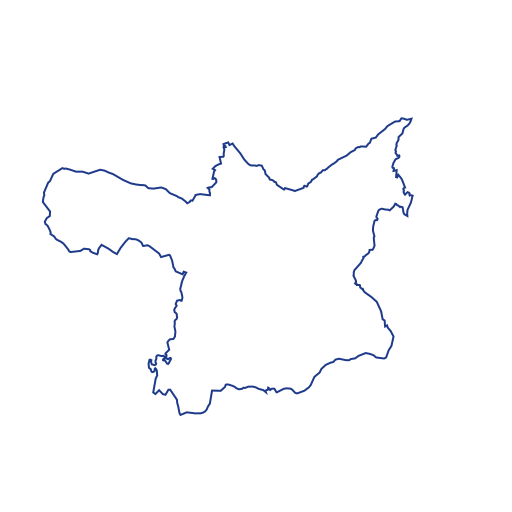 outline of Cristuru Secuiesc, Harghita, Romania, rotated 342°
{"feature_id": "2599482B57378647357474", "entity_name": "Cristuru Secuiesc", "entity_type": "district", "adm_level": 2, "iso_a3": "ROU", "parent_name": "Romania", "parent_adm1": "Harghita", "projection": "mercator", "projection_center": [25.043, 46.281], "detail": "fine", "context": "isolated", "style": "outline", "palette": "blue", "viewbox_px": 512, "rotation_deg": 342, "n_neighbors": 0, "source": "geoboundaries", "source_scale": "gbopen_adm2", "svg_char_len": 6136}
<svg xmlns="http://www.w3.org/2000/svg" viewBox="0 0 512 512"><g transform="rotate(342 256 256)"><path d="M446.3,173.5L441.6,173.1L438.9,171.0L436.9,170.0L434.2,172.1L429.7,171.1L423.1,172.6L420.9,173.2L418.2,175.0L409.8,178.1L406.5,180.4L402.0,180.1L399.3,183.5L397.7,183.9L394.6,186.1L389.6,184.2L388.0,184.5L387.0,184.0L384.9,184.2L383.8,184.7L382.6,185.8L378.1,186.5L373.3,188.5L363.8,189.8L362.8,190.3L362.6,190.7L358.3,192.2L356.7,192.4L352.1,194.1L349.9,195.2L348.9,195.2L348.0,195.7L346.0,195.1L343.5,196.7L341.6,196.8L339.5,198.0L338.6,199.1L333.6,200.8L332.7,200.8L331.3,202.4L327.9,203.4L326.5,205.3L325.8,205.7L323.9,204.2L323.2,204.4L322.3,205.9L312.8,206.2L312.1,205.4L304.6,200.4L303.4,201.5L302.9,201.2L297.9,194.8L297.7,192.0L296.3,191.1L296.0,190.0L294.9,188.8L292.7,187.5L292.7,185.6L290.4,181.0L290.8,177.4L289.9,175.9L289.4,171.8L286.6,170.4L284.3,170.5L282.8,169.5L279.4,168.4L278.1,167.4L276.9,165.6L274.6,160.5L272.8,153.6L269.2,144.5L268.5,141.8L265.0,142.3L264.7,139.4L259.7,139.5L259.4,141.8L260.7,141.8L260.9,143.0L258.7,142.8L258.8,145.0L257.0,148.5L256.2,151.0L255.5,151.5L251.9,150.6L251.3,157.3L248.8,157.3L245.0,158.0L241.8,159.7L243.6,161.7L242.3,162.6L238.4,169.2L238.9,169.5L240.5,169.1L241.4,169.8L241.4,171.3L241.7,171.6L241.1,173.6L235.2,176.8L231.9,176.2L231.1,176.3L232.2,178.3L231.6,180.5L231.7,181.9L230.9,184.0L221.8,179.8L217.3,179.3L216.8,180.1L212.6,183.8L211.4,183.0L210.8,183.1L209.7,184.1L206.9,184.6L205.8,182.3L203.2,178.4L200.1,175.9L199.2,174.5L194.1,170.2L193.2,169.1L190.9,164.6L189.5,163.4L186.9,161.5L179.5,160.3L174.9,158.4L174.3,157.9L172.7,154.9L171.3,154.0L168.0,152.8L164.0,150.9L159.3,148.2L153.1,142.6L145.3,133.9L141.3,130.8L138.5,128.1L134.4,125.8L122.3,125.9L117.1,122.2L110.9,120.2L105.7,116.3L101.9,113.9L100.7,113.9L99.0,112.6L88.6,115.2L83.2,121.1L81.0,122.0L73.9,130.2L73.5,132.7L71.8,134.9L70.0,138.8L73.9,150.1L72.2,154.3L68.7,155.3L65.7,158.2L65.7,160.6L67.1,162.7L67.7,166.1L68.0,169.2L67.9,170.5L67.3,171.6L70.1,175.0L70.8,177.6L71.5,178.8L74.9,182.2L76.7,184.6L79.2,191.0L79.8,193.7L80.7,194.9L90.5,196.9L94.7,195.9L99.3,198.0L100.2,199.2L99.9,200.4L101.9,202.5L105.5,205.3L106.5,204.2L108.0,201.2L109.7,199.6L112.6,197.7L118.1,203.6L121.2,207.9L124.3,211.2L129.8,206.4L136.3,202.0L140.1,200.0L140.6,199.8L143.9,201.9L145.6,202.4L147.3,203.3L149.1,204.9L151.2,207.8L151.7,211.6L156.2,212.3L157.9,214.0L164.6,223.7L165.4,227.7L173.7,228.0L174.4,228.9L174.8,234.5L174.0,241.4L174.7,243.2L174.7,244.5L175.0,245.9L180.5,250.7L182.4,248.6L184.5,250.2L181.6,252.9L178.4,256.6L176.7,258.9L176.8,259.1L173.7,264.0L173.5,265.8L173.8,267.4L173.5,270.8L173.2,272.7L172.4,274.2L171.9,274.7L171.4,275.6L171.0,275.5L170.0,274.3L167.1,274.1L164.8,276.8L165.2,278.7L162.1,281.2L161.5,282.2L161.4,284.4L162.3,285.6L162.7,287.0L162.2,288.2L162.1,289.9L161.1,291.3L159.4,292.0L158.4,292.9L158.1,294.6L156.6,297.9L156.0,303.0L154.0,307.6L151.7,309.4L148.5,308.6L146.5,309.6L145.0,310.8L144.5,318.3L139.8,320.7L139.6,321.5L140.3,322.4L139.3,324.9L139.5,326.2L140.5,327.0L142.3,326.4L143.2,326.5L143.4,327.4L143.0,328.0L139.8,331.1L139.0,331.5L138.2,330.9L137.1,327.1L135.9,326.8L135.4,326.4L135.7,325.6L136.5,325.1L137.7,325.1L138.0,324.5L138.0,323.4L137.0,322.3L135.3,322.0L132.3,320.1L131.2,320.1L130.2,320.8L129.8,321.7L129.7,322.7L128.0,324.6L127.6,326.0L127.8,327.5L127.1,328.3L125.8,328.4L123.4,326.8L123.4,324.5L124.3,322.7L123.5,321.9L122.7,321.8L120.6,325.1L119.7,329.1L120.1,330.1L120.8,330.7L120.9,333.7L121.6,334.4L122.8,334.5L124.0,334.0L124.8,332.0L125.5,331.6L126.1,332.8L126.2,334.5L125.1,339.1L122.8,341.5L116.1,354.0L117.7,356.2L122.4,353.7L124.7,358.6L127.0,360.0L131.4,356.1L133.1,356.7L136.4,368.3L135.7,371.1L135.5,375.3L134.7,381.7L135.1,383.8L141.9,383.3L149.6,386.9L154.6,388.5L157.2,388.6L159.6,388.1L161.7,386.7L163.8,384.3L166.6,382.0L172.6,370.4L180.8,373.3L186.1,370.9L187.4,369.1L187.8,369.0L189.9,369.6L193.8,372.4L195.5,374.1L196.4,375.6L198.6,377.5L201.7,378.0L203.3,377.4L204.7,378.1L208.4,377.9L212.8,379.3L215.1,380.8L217.5,383.2L221.5,385.8L223.3,388.6L223.3,387.2L224.2,386.8L225.8,386.9L226.9,385.0L227.7,386.1L227.7,387.2L228.0,387.8L230.0,387.1L232.3,387.8L232.6,388.3L233.3,391.8L233.6,392.1L241.2,390.9L243.9,391.2L247.6,392.7L249.0,394.0L251.0,398.3L252.7,399.4L260.3,399.1L265.9,397.2L268.2,395.6L273.9,389.3L275.4,388.5L280.5,386.5L283.3,383.6L288.7,381.1L293.8,380.5L296.7,380.7L299.6,379.1L303.3,379.4L309.2,382.8L312.4,383.9L314.3,383.3L318.6,384.0L322.5,382.7L330.3,382.2L333.6,384.0L335.8,385.6L337.4,387.1L338.5,389.1L339.3,389.8L346.2,393.1L348.4,392.7L353.1,386.6L357.0,383.4L361.9,375.1L360.9,369.1L359.1,364.5L359.2,362.5L357.0,362.9L358.4,357.1L356.9,355.3L357.9,347.2L356.7,336.9L353.1,330.7L348.2,324.1L347.1,320.9L347.5,320.7L347.4,320.2L346.7,320.0L345.4,318.2L345.8,315.9L345.3,315.5L343.1,314.8L343.3,314.3L342.0,313.4L341.8,312.7L342.8,312.3L342.7,311.7L343.3,311.1L343.4,310.2L342.6,304.8L343.1,304.3L343.9,301.8L345.1,300.0L353.7,294.9L355.9,292.6L357.5,291.3L357.8,289.9L359.1,290.0L360.6,289.2L363.7,288.2L364.8,287.4L365.9,285.3L368.7,286.1L369.8,285.3L371.9,282.9L373.4,275.9L373.9,274.5L374.7,273.9L375.0,268.7L375.3,267.2L376.6,264.1L379.6,259.2L380.6,258.8L382.2,259.3L383.1,258.4L383.1,257.8L382.5,256.5L382.7,255.6L386.4,250.7L387.8,250.0L390.3,249.9L393.4,251.8L396.0,252.8L397.3,253.9L402.3,251.5L404.6,249.3L405.5,250.0L405.8,251.1L406.9,252.0L408.1,254.0L409.0,253.8L410.5,255.0L409.7,260.2L409.9,262.0L412.3,264.7L413.0,262.0L414.4,258.9L419.9,253.0L423.6,247.0L421.8,245.9L420.9,246.0L420.8,245.2L421.4,243.9L421.0,243.0L419.8,242.1L416.7,243.7L416.4,243.0L416.1,240.9L416.4,240.1L417.0,239.5L416.8,237.7L418.2,236.8L418.9,236.9L418.5,229.3L418.0,226.6L416.4,222.7L414.5,224.9L413.6,224.3L416.3,217.8L413.1,217.6L414.4,215.2L413.2,214.3L413.2,213.3L415.4,210.1L418.2,207.5L418.7,207.1L421.7,206.8L423.0,206.0L423.3,204.9L423.2,204.5L421.4,204.4L421.4,203.5L420.5,201.2L421.5,199.7L421.2,198.3L424.0,194.5L423.9,193.4L424.7,192.1L427.3,189.7L428.4,186.9L433.1,184.7L435.6,180.8L436.8,179.8L440.4,178.8L442.9,177.4L444.9,175.4L446.3,173.5Z" fill="none" stroke="#1e3a8a" stroke-width="2"/></g></svg>